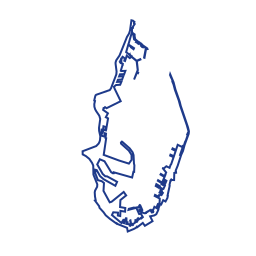 Port Alexandria Police Department, Al Iskandariyah, Egypt, rotated 154°
{"feature_id": "37247803B3923529194747", "entity_name": "Port Alexandria Police Department", "entity_type": "district", "adm_level": 2, "iso_a3": "EGY", "parent_name": "Egypt", "parent_adm1": "Al Iskandariyah", "projection": "equal_earth", "projection_center": [29.857, 31.18], "detail": "fine", "context": "isolated", "style": "outline", "palette": "blue", "viewbox_px": 256, "rotation_deg": 154, "n_neighbors": 0, "source": "geoboundaries", "source_scale": "gbopen_adm2", "svg_char_len": 5746}
<svg xmlns="http://www.w3.org/2000/svg" viewBox="0 0 256 256"><g transform="rotate(154 128 128)"><path d="M189.5,77.3L188.2,70.3L188.6,68.8L186.9,63.0L186.3,59.3L184.1,54.3L180.1,46.9L179.8,47.1L179.5,46.3L172.6,38.7L173.6,35.1L167.1,34.7L164.6,34.8L163.3,35.4L163.1,34.8L156.3,36.2L155.7,32.7L146.8,33.5L146.8,38.9L142.7,37.9L140.4,38.1L136.9,40.9L136.2,41.7L136.4,42.0L132.3,45.5L131.7,44.7L128.0,47.7L126.5,45.5L123.3,47.8L121.9,49.6L122.1,49.9L115.8,57.9L115.7,58.6L113.7,61.1L113.0,61.5L112.9,62.2L111.7,62.8L111.4,62.1L109.4,61.0L106.1,67.3L104.4,66.7L104.0,67.8L104.2,68.1L103.6,69.0L99.9,72.3L91.9,80.6L88.7,83.2L84.6,87.9L76.0,96.2L74.7,98.3L73.8,102.2L70.9,124.8L70.0,129.0L68.5,141.8L67.0,149.1L66.5,157.8L67.0,157.2L66.8,156.5L67.1,155.8L67.2,154.2L67.0,153.9L67.3,151.2L67.8,150.4L68.0,147.2L69.1,141.7L70.3,130.5L71.3,125.4L73.9,104.7L75.0,98.8L76.2,96.6L76.7,97.1L77.7,96.2L77.3,95.6L81.5,91.4L82.7,90.6L91.2,81.7L92.7,80.4L93.1,80.9L86.4,87.6L86.6,87.9L87.9,87.5L90.7,91.1L94.5,87.2L96.8,90.1L97.5,89.5L95.2,86.5L99.1,82.5L101.5,85.4L102.2,84.7L99.8,81.8L105.2,76.4L105.8,76.3L108.1,74.0L110.3,76.8L113.3,76.0L114.9,77.0L114.3,76.3L113.2,71.3L114.9,69.9L114.8,69.6L116.1,68.5L118.6,72.3L119.2,71.9L116.6,68.0L121.3,64.0L123.8,67.9L124.3,67.5L121.8,63.5L122.5,62.9L121.8,61.8L117.6,65.3L116.6,63.7L120.4,60.4L120.1,60.0L122.9,57.7L123.4,57.8L125.6,61.1L124.9,61.7L127.1,65.1L128.5,63.7L126.5,60.7L126.0,60.9L124.2,58.0L124.8,57.4L125.3,57.6L125.3,56.7L125.9,57.1L125.7,56.2L126.2,56.1L127.2,57.5L126.6,56.2L127.9,56.2L128.5,56.9L128.0,56.1L125.8,56.0L125.1,54.4L126.7,53.4L127.1,54.4L127.5,54.2L127.2,53.5L127.5,53.3L127.9,54.1L129.3,53.5L129.6,53.9L130.6,52.9L133.0,56.0L133.8,55.2L130.4,50.7L132.1,47.4L134.1,45.7L134.6,46.4L136.2,45.0L135.7,44.3L137.1,43.0L138.8,45.6L141.8,42.9L143.0,44.6L141.9,42.9L141.9,41.7L142.3,41.3L143.6,41.6L144.0,44.6L147.3,44.1L147.5,45.3L147.4,44.2L148.9,44.2L149.1,43.7L150.2,43.9L153.0,46.4L153.7,47.9L153.5,49.5L152.0,49.5L152.1,47.9L151.4,47.6L151.1,48.0L150.9,53.2L151.2,53.6L151.9,53.3L152.0,51.6L153.3,51.8L153.5,52.4L157.2,53.4L157.5,53.9L162.7,55.0L163.4,54.2L155.5,52.6L155.7,45.8L154.4,45.4L154.0,44.9L153.7,41.4L154.8,41.1L154.9,41.7L155.6,41.6L155.5,41.0L155.9,40.9L156.1,41.4L158.3,41.1L158.5,42.5L159.0,42.4L158.8,41.0L160.1,40.7L160.2,41.5L161.1,41.3L160.9,40.0L161.2,40.0L161.6,41.9L161.8,41.9L161.7,39.9L162.8,40.2L162.8,39.9L165.0,39.5L166.4,39.0L166.4,38.6L167.0,38.6L166.6,38.7L166.1,40.0L166.6,40.3L166.9,39.4L167.5,39.5L166.3,43.9L166.6,43.9L167.8,39.4L168.7,39.6L168.9,39.2L169.3,39.5L168.8,40.8L171.5,42.5L170.8,43.7L169.9,43.1L169.7,43.5L170.6,44.1L169.0,47.5L169.4,47.8L171.7,46.2L173.1,44.1L173.7,44.6L171.8,47.0L172.4,47.5L175.6,45.6L180.6,56.8L178.2,58.7L175.4,57.1L174.1,56.3L175.5,53.8L173.6,52.3L171.1,56.8L167.3,54.1L165.5,57.3L169.8,60.4L166.4,66.6L159.2,68.2L159.9,72.4L175.1,68.9L177.0,69.2L177.6,82.2L173.7,89.1L174.9,91.7L177.9,94.3L177.2,102.3L178.0,103.6L177.7,104.0L176.6,102.8L177.6,104.2L177.4,104.6L176.3,103.1L176.2,103.2L177.0,104.3L177.2,105.0L176.0,103.4L177.1,105.1L176.4,105.4L174.6,103.9L174.2,97.0L172.4,92.7L164.7,81.6L161.4,84.4L168.0,93.7L169.6,94.6L170.9,97.8L171.6,108.8L167.0,112.2L163.7,108.4L162.5,95.6L161.4,93.9L160.6,93.6L160.2,94.4L146.0,81.7L142.3,86.3L141.7,85.9L138.6,91.7L138.2,93.5L134.9,101.2L134.5,104.1L135.4,108.9L139.3,118.3L139.6,118.5L140.8,117.9L141.1,117.0L137.2,107.4L136.6,102.3L138.7,97.8L142.8,95.6L150.4,102.8L161.6,114.5L152.1,128.4L152.6,128.9L150.2,132.6L151.0,133.4L152.9,130.6L155.5,133.0L152.4,138.1L151.4,137.3L152.7,135.5L152.7,134.9L150.7,137.1L148.9,135.5L148.3,136.2L148.7,136.6L149.0,136.2L150.9,137.9L149.3,140.3L147.4,138.5L148.2,137.2L147.8,136.9L141.7,145.4L143.2,147.4L139.6,150.0L142.4,155.2L140.6,157.3L141.1,156.6L140.9,156.3L139.5,156.8L138.6,155.2L122.8,155.3L122.8,168.9L122.6,171.2L120.0,171.9L116.1,170.3L113.6,172.5L117.6,174.2L115.9,175.8L112.0,174.2L109.5,176.6L113.4,178.2L111.7,179.8L107.8,178.1L105.3,180.5L109.2,182.2L109.4,182.6L104.5,187.9L105.5,189.7L105.4,188.8L106.1,189.6L106.3,190.8L105.5,190.8L105.7,191.3L105.2,191.6L105.0,191.1L104.7,191.2L105.1,192.1L104.6,192.4L104.2,191.9L104.4,192.5L104.1,192.9L103.9,192.5L102.1,194.2L101.6,194.4L100.3,191.8L101.8,190.1L101.3,189.5L97.4,193.6L95.4,189.3L95.5,189.9L93.8,190.8L90.9,184.4L93.9,175.8L101.3,168.9L95.5,174.0L94.9,173.0L94.6,173.3L95.4,174.2L93.8,175.7L90.7,184.3L86.8,184.1L86.8,184.5L90.7,184.6L93.6,190.8L93.3,191.0L94.0,191.9L93.8,192.0L93.9,192.4L94.2,192.2L94.5,192.9L94.3,193.4L94.6,193.3L96.4,197.0L91.3,202.7L89.5,199.4L89.9,199.1L88.5,196.4L87.6,197.1L91.0,202.9L83.3,211.5L82.4,209.4L83.7,205.0L82.1,202.3L83.1,201.7L82.9,201.5L82.0,202.1L81.6,201.3L82.5,200.7L82.2,200.3L82.2,200.7L81.5,201.2L81.1,200.3L82.0,199.7L81.9,199.4L81.0,200.0L79.4,196.8L80.3,196.2L80.2,195.9L79.3,196.6L78.9,195.7L79.6,195.0L78.8,195.5L78.4,194.8L79.3,194.1L79.1,193.9L78.3,194.5L76.9,192.0L82.7,184.2L82.4,183.9L76.8,191.6L76.5,190.6L75.9,190.4L75.8,191.1L78.4,195.7L78.9,197.3L79.1,197.1L80.2,200.0L80.5,200.0L82.6,204.6L81.8,207.6L81.0,209.2L82.4,211.8L81.9,213.5L80.5,216.1L79.7,215.8L79.0,217.0L76.4,218.5L76.8,219.3L76.5,220.0L75.7,220.5L76.5,222.3L77.7,223.3L83.4,214.8L85.7,212.4L89.0,210.3L103.8,196.9L108.9,194.0L110.4,192.4L111.0,191.2L113.5,183.8L115.0,181.3L125.8,171.2L127.7,170.1L142.0,171.8L142.8,171.6L143.8,170.6L146.3,167.5L145.8,166.8L147.8,164.3L148.9,161.8L149.3,159.2L149.2,157.1L148.4,151.6L149.0,148.3L154.0,140.8L155.2,138.1L156.5,132.7L158.6,129.2L160.0,127.8L161.2,126.9L164.5,125.7L179.0,127.0L180.3,124.1L178.2,121.3L176.3,117.2L175.6,112.4L175.7,109.5L179.5,101.3L180.3,90.8L181.5,88.7L185.0,86.2L186.1,84.8L187.7,80.9L188.7,77.2L189.5,77.3Z" fill="none" stroke="#1e3a8a" stroke-width="2"/></g></svg>